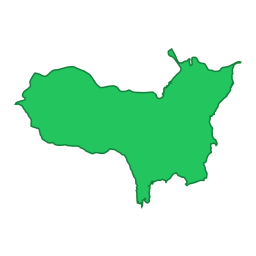 Toplet, Caras-Severin, Romania
{"feature_id": "2599482B38762521341825", "entity_name": "Toplet", "entity_type": "district", "adm_level": 2, "iso_a3": "ROU", "parent_name": "Romania", "parent_adm1": "Caras-Severin", "projection": "albers", "projection_center": [22.349, 44.793], "detail": "fine", "context": "isolated", "style": "filled", "palette": "green", "viewbox_px": 256, "rotation_deg": 0, "n_neighbors": 0, "source": "geoboundaries", "source_scale": "gbopen_adm2", "svg_char_len": 5811}
<svg xmlns="http://www.w3.org/2000/svg" viewBox="0 0 256 256"><path d="M216.1,145.4L216.9,144.6L217.0,143.1L216.3,141.4L215.9,140.8L215.7,139.7L214.6,139.4L213.9,138.8L213.1,137.6L212.1,135.8L212.2,133.9L212.3,132.9L212.0,130.8L212.6,128.5L212.0,127.3L211.4,126.9L210.8,126.0L210.5,124.8L209.7,123.3L209.5,122.0L209.5,121.1L209.8,120.4L209.9,119.8L210.2,118.5L210.0,117.6L210.1,117.0L209.9,116.3L211.6,116.2L212.5,115.5L212.7,114.8L213.2,114.2L213.6,114.1L214.2,114.2L214.0,112.7L214.3,112.3L215.5,110.9L216.2,109.3L217.1,107.8L217.7,107.2L218.2,105.0L219.1,103.2L220.0,102.2L221.4,101.1L222.4,99.9L224.1,98.2L225.4,97.3L227.0,95.7L226.9,94.6L228.0,93.9L230.3,90.6L230.6,89.9L230.7,89.2L230.5,88.6L230.4,87.6L230.9,87.0L231.2,87.1L231.5,86.2L231.8,85.8L231.6,85.8L231.5,85.5L232.4,85.3L232.8,84.3L232.2,83.9L232.1,83.6L232.3,83.4L232.5,83.1L233.5,83.1L231.9,78.5L232.0,76.5L231.8,75.5L232.7,73.6L232.4,71.9L232.5,69.5L232.7,68.0L233.4,67.2L233.6,66.7L233.7,66.0L233.6,65.4L234.0,64.9L236.4,63.2L238.5,62.8L238.8,62.9L240.3,62.8L240.6,62.0L238.5,61.7L235.7,62.8L233.1,64.3L228.8,66.4L222.2,67.7L221.0,68.9L220.0,70.3L219.0,70.9L217.5,71.3L214.2,71.4L211.9,70.3L209.2,70.2L208.1,69.5L205.8,65.5L204.7,63.9L204.0,63.6L201.1,63.2L199.5,62.6L198.4,61.6L196.7,58.3L195.9,57.6L195.3,57.4L194.1,57.3L193.0,57.4L192.4,57.6L192.0,58.1L191.8,60.7L192.2,64.2L191.7,64.8L191.0,65.2L190.3,65.5L189.7,63.4L189.4,61.5L189.6,60.4L190.0,59.3L189.4,58.9L188.6,59.2L187.3,60.9L185.4,61.1L184.1,61.6L183.1,62.4L181.6,63.0L179.5,63.0L178.0,61.8L176.6,59.0L175.6,56.3L171.6,49.0L168.4,51.2L168.3,53.2L168.7,54.6L169.3,55.3L170.0,55.9L172.5,56.8L174.1,58.2L178.3,64.0L181.0,68.1L181.0,69.1L180.7,70.7L179.4,72.4L176.7,74.7L173.2,78.5L172.2,80.0L171.5,80.9L169.9,81.9L171.0,83.2L170.7,83.2L169.4,82.3L168.9,82.9L169.2,83.8L168.7,84.4L168.9,85.1L167.6,85.9L167.5,85.7L166.7,86.0L166.9,87.0L166.2,87.1L166.2,87.3L166.0,87.2L165.4,87.3L164.5,87.6L164.7,88.8L163.9,88.9L163.8,90.6L164.0,92.4L163.6,92.4L163.5,92.8L162.8,93.3L163.1,94.1L162.6,94.3L162.6,94.6L163.0,94.6L163.5,94.9L163.6,95.4L162.9,96.8L160.8,98.3L159.8,98.5L158.5,98.4L157.7,98.1L156.9,97.3L155.8,94.3L153.1,92.4L152.1,92.1L144.1,92.7L133.9,92.3L132.1,91.7L129.6,90.2L128.8,90.1L127.0,90.9L125.1,91.4L121.5,91.5L119.8,90.8L118.5,89.0L117.0,87.2L114.7,86.1L113.9,86.0L112.6,85.9L108.6,86.3L103.9,87.3L100.8,87.6L100.0,87.4L97.6,85.5L95.6,83.2L92.6,78.5L89.9,74.8L84.5,71.3L82.2,70.5L76.9,68.3L74.3,67.0L72.8,66.6L67.1,67.2L57.8,69.8L54.9,70.0L52.9,70.5L51.8,71.2L47.3,75.3L46.0,76.2L44.5,76.3L42.2,75.7L40.8,74.8L38.0,73.7L35.1,73.1L33.5,75.0L30.6,80.0L29.9,81.8L30.5,85.5L30.2,86.5L27.6,89.1L25.9,90.1L23.9,91.9L22.7,94.1L22.5,95.7L22.7,96.1L23.7,97.2L25.2,98.0L25.1,99.0L24.7,100.0L20.3,101.2L17.7,102.1L16.2,102.8L15.4,104.1L18.9,104.1L22.4,106.1L23.5,108.5L24.6,109.6L25.8,111.9L27.1,113.0L27.7,113.7L28.1,114.5L28.5,115.8L30.3,118.1L31.1,119.5L31.4,121.1L31.2,122.6L31.3,123.6L31.0,124.9L31.2,125.4L31.2,126.2L32.6,126.7L34.0,127.3L35.8,127.6L36.8,128.2L38.7,128.5L39.3,129.8L40.4,134.9L41.4,136.3L41.7,137.5L42.3,138.9L42.8,139.4L45.2,140.8L47.9,142.7L49.1,142.9L51.2,143.0L52.3,142.7L53.1,142.7L53.6,142.9L54.3,144.1L55.0,144.5L57.8,145.2L60.7,145.3L61.9,145.0L63.4,145.1L64.5,144.7L65.0,144.7L68.1,145.7L69.5,145.6L72.8,146.1L75.3,145.9L78.4,146.1L79.8,147.0L80.9,147.9L82.5,148.4L84.1,149.3L86.3,151.2L88.4,152.0L90.1,152.9L92.5,153.7L93.6,153.4L94.6,152.8L96.0,152.6L98.1,152.7L99.5,153.2L101.1,153.3L102.1,153.5L103.7,153.3L104.9,152.8L108.2,150.7L109.5,149.0L114.1,149.5L115.6,150.1L117.5,151.4L120.0,152.7L120.8,153.3L122.1,154.6L123.5,154.8L124.5,155.1L125.0,156.1L126.2,157.8L126.7,159.8L127.0,160.4L127.3,161.6L128.5,163.1L129.8,165.5L130.0,166.0L130.2,167.8L131.1,169.8L132.1,171.0L132.4,173.1L132.9,173.8L133.9,176.7L135.3,178.5L135.8,179.8L135.7,180.8L135.9,181.7L136.0,183.7L137.0,184.7L137.3,185.8L136.7,186.9L136.5,187.6L136.6,188.2L137.3,189.2L136.2,190.4L136.3,190.9L136.7,191.8L136.9,193.5L136.9,196.0L137.1,200.5L137.4,202.4L137.9,201.7L138.1,201.6L138.2,201.8L138.3,202.9L138.4,203.1L139.7,203.7L140.8,203.0L141.1,202.9L141.4,203.0L141.4,204.2L141.9,205.1L142.0,205.5L141.6,206.7L141.7,207.0L142.5,205.5L142.4,204.2L142.6,203.3L142.7,201.3L142.4,200.5L142.4,200.2L143.4,200.1L144.7,198.9L144.9,198.3L145.2,198.3L145.4,198.4L145.5,199.1L144.8,200.6L145.0,201.1L145.7,202.0L146.8,202.7L147.7,202.9L148.6,202.1L149.3,201.2L149.3,200.4L148.9,199.5L149.2,199.1L149.2,197.7L149.8,197.3L149.9,197.1L149.5,196.4L149.5,196.2L149.7,195.7L149.6,195.3L149.1,194.4L149.1,194.1L149.3,193.4L149.0,192.7L149.5,191.4L149.5,190.5L149.3,189.8L149.8,188.8L149.9,187.1L149.5,186.6L148.6,186.1L149.2,185.6L150.4,185.0L150.8,183.7L151.8,181.8L152.1,181.3L152.4,181.3L152.6,181.6L152.2,183.6L152.3,183.8L152.5,183.9L153.4,182.2L154.3,181.6L156.6,180.7L157.2,180.3L160.5,180.3L161.7,179.7L162.3,179.2L164.6,180.4L166.0,180.6L166.1,180.9L165.7,181.9L165.8,182.3L166.0,182.4L166.3,181.7L166.8,180.9L168.3,179.4L169.5,178.8L170.4,178.1L171.1,176.8L172.0,175.8L172.5,174.8L173.2,174.2L174.0,173.6L175.4,173.3L175.9,173.0L176.5,172.9L176.8,173.1L177.1,173.9L177.9,175.1L178.6,175.7L180.8,176.5L182.0,177.3L182.3,177.2L182.4,176.9L184.0,177.4L184.9,178.3L186.3,180.4L186.8,181.3L187.0,182.0L186.9,182.5L186.6,183.2L185.6,184.1L186.8,185.5L189.7,183.7L191.5,183.4L195.7,182.2L199.8,180.5L201.6,180.3L202.9,180.5L204.0,180.3L204.1,179.0L204.5,178.6L204.6,178.0L206.5,178.0L207.0,173.4L205.7,170.8L205.4,169.9L205.0,167.4L204.1,165.4L203.6,163.6L203.7,163.0L204.0,162.7L205.1,162.6L205.4,162.4L206.2,161.1L206.5,160.4L206.5,159.6L206.8,158.4L208.1,155.2L210.0,153.1L210.8,152.9L211.2,152.5L211.3,151.7L210.6,149.9L211.3,148.3L210.7,147.1L210.7,146.7L210.8,145.6L210.6,144.2L211.4,143.8L214.2,143.2L215.6,144.2L216.1,145.4Z" fill="#22c55e" stroke="#15803d" stroke-width="1.5"/></svg>